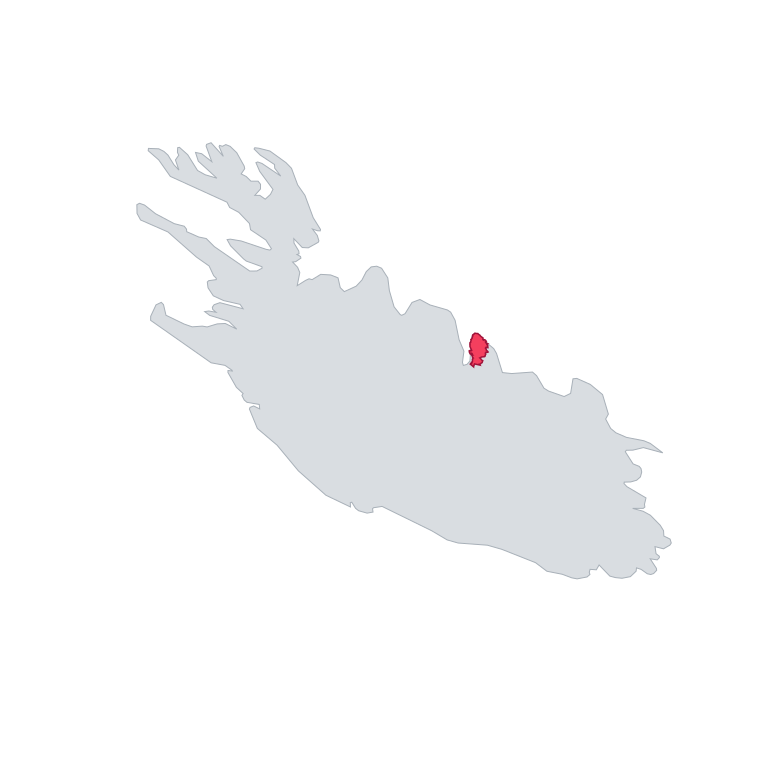 Grýtubakkahreppur, Norðurland eystra, Iceland shown in context, rotated 37°
{"feature_id": "244011B60639573794911", "entity_name": "Grýtubakkahreppur", "entity_type": "district", "adm_level": 2, "iso_a3": "ISL", "parent_name": "Iceland", "parent_adm1": "Norðurland eystra", "projection": "robinson", "projection_center": [-18.134, 65.987], "detail": "medium", "context": "in_parent", "style": "filled", "palette": "rose", "viewbox_px": 768, "rotation_deg": 37, "n_neighbors": 0, "source": "geoboundaries", "source_scale": "gbopen_adm2", "svg_char_len": 5511}
<svg xmlns="http://www.w3.org/2000/svg" viewBox="0 0 768 768"><g transform="rotate(37 384 384)"><path d="M591.8,283.1L598.6,283.4L609.8,280.7L625.8,272.9L632.5,271.2L648.1,271.2L629.4,278.7L622.6,287.0L617.4,291.1L617.5,292.9L631.0,297.9L637.4,296.2L640.2,296.9L642.8,299.2L644.7,303.9L643.7,308.8L640.0,313.7L634.9,317.8L635.6,319.1L639.8,319.8L661.8,317.3L664.4,323.3L666.4,325.3L665.9,327.3L657.4,333.7L667.5,329.7L675.7,328.5L689.7,330.6L695.5,332.9L699.0,337.0L705.8,335.7L709.1,338.1L709.3,340.6L706.4,347.4L698.3,350.8L703.4,355.8L707.6,355.9L708.4,357.0L708.1,360.0L701.8,363.4L712.5,367.3L713.9,368.7L713.4,373.1L711.7,375.6L708.5,377.1L700.9,377.3L696.3,378.9L698.0,381.8L696.7,389.6L691.0,395.9L685.4,399.3L680.0,401.5L664.7,399.1L665.4,404.6L660.1,408.0L661.2,410.8L663.1,412.2L662.3,415.9L655.5,423.4L650.6,425.8L640.8,428.7L626.8,435.5L612.5,435.5L577.4,445.2L563.6,450.5L538.9,466.4L528.3,470.5L510.4,472.5L456.2,482.9L450.1,489.1L449.9,490.5L452.3,492.9L448.2,497.3L440.0,500.5L436.1,500.4L429.4,497.8L428.5,499.1L431.2,502.4L404.6,507.8L367.9,504.9L335.4,497.2L309.6,495.7L291.6,485.0L291.1,483.3L293.1,480.0L299.7,478.7L296.7,475.4L285.6,481.1L282.0,480.9L277.4,478.6L277.2,476.4L268.1,475.5L252.4,468.7L251.3,467.1L255.1,464.9L254.4,464.5L245.8,464.8L233.2,471.1L159.3,473.6L156.9,470.3L154.3,458.0L157.0,452.8L160.1,453.3L168.5,460.3L188.3,456.4L196.4,453.8L204.1,447.1L208.4,444.9L214.6,436.4L220.8,431.2L233.4,428.8L222.3,427.3L203.5,434.1L197.2,434.1L200.2,431.1L206.7,427.8L202.3,427.5L200.7,426.0L200.6,422.9L204.0,417.8L226.2,408.7L221.1,407.0L205.7,413.9L194.6,416.3L185.6,413.1L181.5,408.9L181.8,407.0L187.2,401.6L186.4,400.5L182.8,400.0L173.3,395.0L157.8,395.5L119.9,392.6L90.9,399.5L84.1,396.4L78.7,389.5L80.0,386.8L85.1,385.2L99.1,385.5L119.9,382.2L129.5,378.2L133.1,379.2L134.8,381.1L147.6,378.1L154.5,374.8L165.8,376.4L208.8,374.6L214.5,370.2L216.9,364.9L215.9,363.8L200.0,368.7L196.4,368.6L178.3,366.0L171.8,363.1L174.1,360.8L183.9,355.7L208.8,347.4L212.3,345.7L212.7,343.7L203.0,340.1L184.6,341.1L180.0,336.8L164.8,334.3L154.5,335.9L149.2,333.3L88.4,346.8L69.2,340.6L55.3,339.6L54.1,337.6L62.6,331.7L68.2,330.7L73.7,331.2L84.2,335.3L91.5,336.6L82.6,330.6L82.4,324.8L79.6,323.3L77.0,319.4L78.2,318.1L89.2,319.0L106.6,325.7L115.3,324.5L126.7,320.2L101.6,317.8L94.1,312.5L99.8,309.8L112.7,310.1L98.7,301.0L98.1,299.4L100.7,295.4L118.7,298.9L109.4,293.6L109.1,292.4L111.9,291.4L113.6,288.0L118.1,286.8L127.2,287.9L141.2,294.1L143.2,295.9L143.5,302.2L149.1,301.2L155.7,302.1L161.4,297.8L165.2,298.8L168.0,302.6L167.3,311.1L171.3,308.1L177.9,307.9L179.2,300.9L178.2,295.4L156.8,289.0L148.5,284.3L149.5,282.7L153.8,281.3L176.4,280.1L166.8,277.4L164.5,274.6L147.4,275.7L138.8,274.5L138.6,273.1L142.2,271.0L152.7,266.6L172.4,266.2L180.3,267.4L195.3,277.0L207.3,280.9L227.4,293.8L240.3,298.8L240.9,300.1L238.7,301.6L233.6,303.3L241.3,305.5L245.9,308.9L246.2,310.4L241.6,320.8L236.6,324.2L224.5,322.2L227.3,325.6L235.9,329.1L237.8,331.1L236.5,333.0L240.6,332.4L241.9,333.5L239.8,339.5L237.6,341.6L244.8,342.8L249.7,345.7L255.5,357.7L259.0,348.5L260.8,345.1L263.8,343.9L267.5,334.5L275.8,329.0L283.4,326.9L291.1,333.4L296.7,334.1L302.9,322.6L303.8,314.2L302.2,304.9L303.3,298.2L307.3,294.3L312.4,293.0L323.2,297.0L332.1,306.2L345.6,316.3L355.1,318.8L356.8,318.5L358.5,315.2L357.3,302.0L361.8,294.9L373.1,293.2L390.1,286.7L394.0,286.5L402.4,290.3L417.4,303.5L428.1,309.7L433.7,319.6L436.2,321.4L438.5,318.3L438.8,314.0L425.8,293.6L425.6,290.8L426.9,288.6L450.3,289.7L455.5,291.9L471.7,303.6L479.7,298.8L495.4,285.1L500.8,285.5L514.3,291.1L519.7,290.6L535.4,285.6L538.7,279.2L531.8,266.1L534.6,263.5L549.1,260.2L564.9,260.9L581.3,273.0L582.1,278.6L591.8,283.1Z" fill="#d9dde1" stroke="#a8b0b8" stroke-width="1"/><path d="M441.1,316.2L445.2,316.4L444.9,316.0L445.0,315.9L444.8,315.1L444.6,315.0L444.2,313.5L449.2,311.2L448.2,310.9L449.0,310.0L449.1,308.7L449.5,307.9L448.8,305.9L448.1,306.1L447.0,306.0L446.1,305.6L444.8,305.5L445.7,303.7L447.8,301.7L447.6,301.4L448.0,300.8L447.9,300.6L447.5,300.1L447.3,298.9L446.4,298.4L446.6,298.0L446.3,297.3L447.7,296.3L447.9,295.8L446.7,295.4L445.5,295.5L444.7,294.7L444.0,294.6L443.4,294.3L443.5,293.8L443.4,293.6L443.9,293.4L444.0,293.2L443.8,292.9L444.0,292.7L445.1,292.5L444.9,292.1L444.4,291.9L444.2,291.4L443.8,291.2L443.6,290.7L442.5,290.6L442.1,290.3L442.6,289.4L440.8,289.8L440.1,289.7L439.7,289.3L440.2,288.6L439.4,288.3L439.2,288.0L437.8,288.0L437.3,288.4L437.4,288.7L437.2,289.0L436.5,289.1L436.1,288.9L435.7,288.0L435.3,287.6L433.4,287.7L431.9,287.6L431.4,287.3L429.5,287.4L428.6,287.2L427.3,288.1L426.0,288.7L425.9,289.8L425.7,289.9L425.6,290.6L425.7,290.9L425.3,291.4L425.6,292.2L426.3,292.8L426.3,293.5L426.9,294.6L426.7,295.6L427.0,296.0L426.7,296.3L427.5,297.1L427.6,297.8L427.8,298.0L427.9,298.5L428.1,298.6L427.8,299.2L428.1,299.8L428.8,300.4L429.0,300.9L429.0,301.1L429.4,301.3L430.0,302.2L430.4,302.5L433.4,304.2L433.5,304.5L433.6,304.4L433.8,304.4L433.8,304.7L433.5,305.0L432.9,305.2L432.4,305.7L432.5,305.8L432.3,306.0L432.6,306.1L432.5,306.6L432.7,307.0L434.6,308.1L435.3,307.9L436.5,308.2L435.7,307.2L436.0,307.3L436.4,307.2L436.4,306.9L436.6,307.0L436.4,307.4L437.1,307.5L436.6,307.8L437.2,308.0L437.8,308.8L439.0,309.4L439.4,309.5L439.2,309.7L438.6,309.6L439.6,310.1L439.9,310.7L440.0,311.1L439.9,311.2L440.1,311.4L440.1,311.6L440.8,312.3L441.2,313.1L441.3,313.5L440.7,314.0L440.8,314.4L441.6,314.9L441.3,315.2L441.3,315.5L441.0,315.7L441.2,315.9L441.1,316.2Z" fill="#f43f5e" stroke="#9f1239" stroke-width="1.5"/></g></svg>